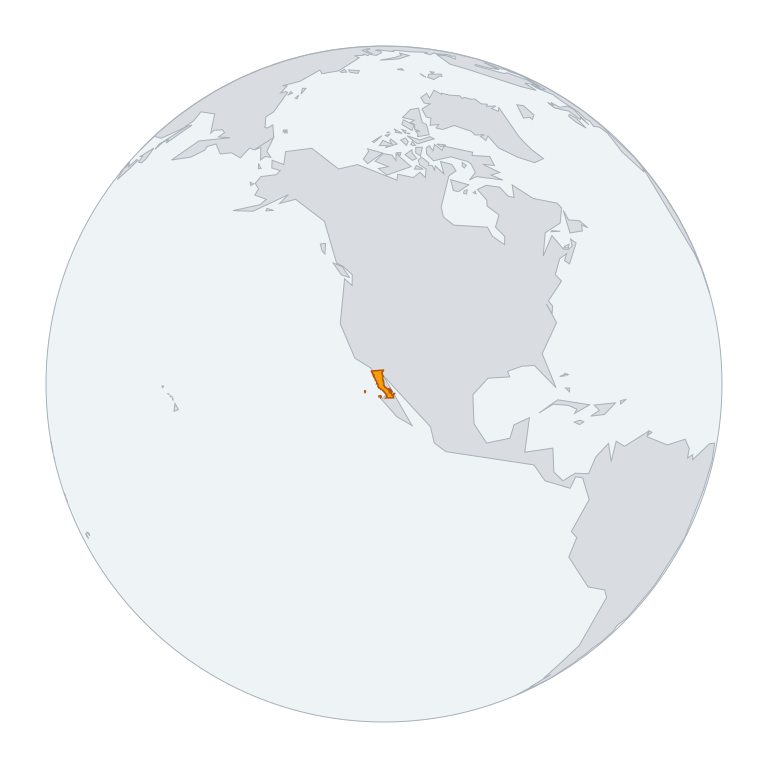 the Earth from above Baja California
{"feature_id": "MEX-2706", "entity_name": "Baja California", "entity_type": "State", "adm_level": 1, "iso_a3": "MEX", "parent_name": "Mexico", "parent_adm1": "", "projection": "orthographic", "projection_center": [-114.611, 30.356], "detail": "fine", "context": "on_globe", "style": "filled", "palette": "amber", "viewbox_px": 768, "rotation_deg": 0, "n_neighbors": 0, "source": "natural_earth", "source_scale": "10m", "svg_char_len": 13659}
<svg xmlns="http://www.w3.org/2000/svg" viewBox="0 0 768 768"><circle cx="384" cy="384" r="338" fill="#eef3f6" stroke="#a8b0b8"/><path d="M88.8,533.0L89.6,535.2L89.5,535.3L88.8,533.0ZM516.9,694.7L516.0,695.1L524.4,690.6L533.8,685.7L529.9,687.2L550.7,674.5L543.2,678.6L560.8,662.8L579.2,645.5L606.7,597.3L604.6,589.9L588.0,586.9L568.8,557.0L576.8,537.5L571.4,531.5L589.2,499.6L582.6,477.8L575.7,476.8L570.1,488.3L545.1,480.9L533.9,464.9L445.8,451.6L434.3,443.0L430.5,426.8L383.2,375.5L412.0,425.5L397.0,416.9L381.7,399.5L386.3,394.6L370.7,368.0L354.9,358.2L340.2,323.7L344.6,278.8L352.1,285.5L352.3,274.8L342.9,266.1L336.6,263.1L324.5,221.4L295.6,199.3L279.5,203.5L288.5,194.6L253.1,211.2L232.9,210.6L260.2,204.7L266.3,199.3L254.8,195.1L258.6,188.8L255.2,183.4L260.8,176.6L276.3,174.7L280.2,170.6L271.8,167.9L272.1,160.2L283.8,164.5L285.6,151.6L311.8,148.3L338.6,169.0L357.6,164.6L397.0,180.2L397.8,174.2L413.3,177.6L420.0,172.2L425.4,177.5L426.0,168.8L419.8,165.1L418.1,160.3L421.4,157.1L428.9,162.9L428.3,165.4L432.3,165.5L434.5,170.0L435.3,165.9L444.0,174.0L440.5,161.5L451.7,164.3L456.0,170.9L448.8,176.0L441.2,207.1L443.4,217.0L453.7,225.1L487.3,227.2L492.5,236.4L504.5,244.7L504.8,236.5L495.5,227.2L498.9,214.9L487.1,206.0L486.8,200.1L477.4,189.5L486.1,185.3L499.7,187.2L507.9,196.1L514.1,197.5L512.2,184.9L533.2,198.5L557.0,203.1L561.6,207.9L560.1,223.1L545.2,232.7L543.2,256.1L551.9,235.5L563.4,249.1L568.4,249.5L572.1,246.1L570.6,239.0L576.1,243.0L569.5,263.9L564.5,260.6L566.6,253.7L559.7,258.7L555.3,274.6L561.5,281.1L548.4,300.8L552.6,306.0L552.1,313.8L546.3,303.9L556.6,322.6L542.2,353.7L556.0,387.6L534.4,365.5L521.8,366.2L507.6,371.3L509.7,376.9L488.0,378.2L472.9,394.7L474.0,423.8L486.6,443.0L510.0,438.2L514.0,424.8L529.4,417.7L524.8,452.2L552.9,448.1L553.8,471.8L562.9,480.8L575.3,473.2L588.6,473.7L595.8,456.9L608.5,443.4L611.2,461.5L616.2,441.3L624.6,446.3L648.2,431.4L647.1,436.7L667.3,445.0L685.1,439.2L689.2,448.3L687.5,458.0L692.7,454.7L692.7,459.7L709.4,443.8L714.6,443.1L712.2,460.4L703.3,490.3L684.8,537.5L666.1,567.3L654.3,585.5L627.4,617.5L617.0,625.5L612.7,631.8L601.0,642.1L592.2,648.2L584.5,655.0L577.7,659.2L577.8,660.1L558.0,673.2L553.2,676.5L547.6,679.7L516.9,694.7ZM174.0,411.3L175.0,403.4L178.4,409.6L174.0,411.3ZM172.9,397.9L173.1,400.7L172.4,398.2L172.9,397.9ZM170.6,395.6L172.3,397.3L170.1,396.1L170.6,395.6ZM167.2,393.4L169.1,394.2L168.8,394.5L167.2,393.4ZM557.8,399.8L589.6,404.8L574.6,413.5L576.9,409.2L568.2,405.3L553.0,404.2L539.0,413.0L557.8,399.8ZM162.8,387.7L161.8,386.0L163.7,386.0L162.8,387.7ZM565.0,375.8L559.7,376.5L564.5,374.4L565.0,375.8ZM333.2,263.0L342.3,266.7L349.4,277.4L341.4,274.9L333.2,263.0ZM320.3,244.0L325.6,243.4L324.9,254.0L322.1,251.0L320.3,244.0ZM267.0,208.5L273.7,210.4L265.9,210.8L267.0,208.5ZM253.7,183.9L250.6,185.6L250.2,182.2L253.7,183.9ZM473.2,192.7L475.3,191.2L476.0,193.9L473.2,192.7ZM467.2,189.8L466.6,194.1L463.6,193.4L464.1,190.8L467.2,189.8ZM258.4,168.8L258.6,163.4L261.0,168.5L258.4,168.8ZM468.7,184.8L458.4,191.7L453.3,190.5L450.7,179.7L468.7,184.8ZM260.5,160.0L260.9,147.6L254.1,149.9L273.7,137.4L266.9,151.5L270.9,157.3L265.0,156.5L260.5,160.0ZM416.4,165.4L423.2,169.2L414.4,169.1L416.4,165.4ZM411.2,166.6L386.8,175.1L378.5,168.5L388.3,166.7L375.1,161.2L383.0,153.7L392.1,155.1L395.9,160.7L396.0,153.7L411.2,166.6ZM284.5,132.9L286.9,130.0L287.3,132.8L284.5,132.9ZM416.7,158.4L412.5,160.4L405.0,154.7L412.0,149.7L412.2,153.0L416.7,158.4ZM367.7,163.7L363.4,159.0L368.6,151.5L367.6,148.8L382.5,153.0L367.7,163.7ZM415.6,152.7L415.8,147.4L422.4,147.2L420.3,156.1L415.6,152.7ZM400.1,155.5L396.8,152.7L400.9,152.5L400.1,155.5ZM445.9,144.9L441.1,146.9L436.8,144.0L445.9,144.9ZM415.4,145.4L413.1,145.5L410.8,144.7L412.3,141.4L415.4,145.4ZM385.2,147.7L388.3,145.8L379.3,145.5L382.9,140.4L392.2,144.4L389.7,140.5L390.8,139.0L397.1,144.0L385.2,147.7ZM407.0,135.8L420.1,139.9L430.0,136.6L434.1,138.9L417.4,143.9L407.0,135.8ZM400.7,140.1L405.5,137.9L408.2,141.6L406.5,145.5L400.7,140.1ZM382.0,135.7L374.1,142.5L372.4,141.5L382.0,135.7ZM409.4,134.0L406.2,133.1L409.8,133.3L409.4,134.0ZM389.8,134.2L387.3,136.6L385.3,135.3L389.8,134.2ZM402.0,129.6L406.1,130.8L405.2,133.3L402.0,129.6ZM396.0,131.1L393.9,128.8L402.3,133.4L395.2,132.3L396.0,131.1ZM388.4,132.6L386.5,132.6L389.8,131.8L388.4,132.6ZM403.4,119.8L414.1,125.1L411.9,130.5L401.8,124.5L403.4,119.8ZM709.5,293.3L708.4,289.8L701.7,269.5L694.8,254.2L643.8,169.2L639.3,162.8L632.7,155.3L649.9,175.5L665.5,197.0L679.3,219.7L691.3,243.4L701.4,268.0L709.5,293.3ZM585.2,112.5L585.4,112.7L602.5,126.8L634.5,157.5L642.3,167.3L644.2,172.1L622.4,152.3L607.3,132.9L599.3,127.1L593.6,126.4L589.5,121.0L585.3,118.8L578.8,112.3L560.9,100.6L553.0,94.6L537.6,88.4L531.4,84.9L542.3,89.3L545.6,89.7L524.8,77.5L518.3,74.6L510.0,71.9L505.3,69.5L499.9,68.6L483.9,62.6L498.9,69.6L489.6,68.2L475.4,64.4L475.0,65.6L498.2,72.0L504.9,73.6L506.5,72.7L527.3,80.1L536.3,84.9L524.7,83.1L536.1,90.3L522.1,87.0L468.2,69.5L449.9,64.1L437.4,55.0L446.4,55.7L455.4,59.0L454.8,56.0L451.2,56.2L447.3,54.6L437.3,54.0L434.1,53.0L430.1,54.7L425.1,53.4L427.7,52.3L408.7,51.7L395.9,50.2L393.1,50.7L393.8,51.6L377.1,49.8L375.9,50.4L380.8,51.0L381.5,52.7L376.2,55.4L370.7,54.6L371.9,53.5L366.1,50.7L370.1,48.7L367.3,48.8L362.5,50.4L369.6,53.7L367.9,55.7L363.2,53.9L364.8,54.6L362.3,55.4L354.6,55.7L359.2,57.8L338.7,70.8L321.9,73.7L320.0,70.0L299.9,81.3L282.5,85.7L287.1,86.0L280.6,93.0L286.0,91.6L287.7,92.4L273.5,112.0L265.9,116.8L265.0,127.5L267.3,128.0L272.9,124.9L273.7,137.4L254.1,149.9L249.7,148.0L240.3,157.9L231.7,152.8L220.2,153.9L216.1,144.0L207.3,146.4L204.7,150.2L190.8,157.1L171.5,160.0L198.8,141.0L230.2,137.7L218.4,137.0L224.6,132.6L222.5,129.8L213.8,130.3L210.7,133.2L214.7,113.9L200.9,111.8L193.5,120.9L183.2,128.2L161.0,138.3L154.3,136.2L140.6,149.6L158.0,132.7L176.7,117.1L196.5,102.9L217.2,90.1L238.8,78.8L261.2,69.2L284.2,61.2L307.7,54.8L331.7,50.2L355.8,47.3L380.2,46.1L404.5,46.7L428.8,49.1L452.8,53.2L476.5,59.0L499.6,66.5L522.2,75.6L544.1,86.4L565.1,98.7L585.2,112.5ZM668.6,202.3L671.8,207.1L668.6,202.3ZM648.9,430.7L652.0,432.4L648.5,434.9L648.9,430.7ZM574.2,422.1L580.1,420.1L583.8,421.8L579.5,424.6L574.2,422.1ZM620.3,400.8L626.3,399.2L620.7,404.1L620.3,400.8ZM594.2,405.1L615.5,402.8L604.5,414.5L590.8,416.1L599.4,410.4L594.2,405.1ZM565.5,388.0L569.6,388.0L569.5,391.9L565.5,388.0ZM568.4,374.5L567.1,375.3L564.4,373.2L568.4,374.5ZM563.8,247.8L564.5,246.3L569.0,244.2L568.4,247.9L563.8,247.8ZM579.4,220.7L587.9,227.8L581.5,224.9L582.4,230.9L570.0,233.0L563.3,210.4L568.6,219.9L579.4,220.7ZM551.6,230.7L560.2,231.2L551.1,231.7L551.6,230.7ZM568.7,116.2L569.3,114.3L576.1,118.0L586.1,128.1L576.5,122.5L568.7,116.2ZM568.7,111.1L554.3,107.9L547.5,102.3L553.8,105.8L550.7,102.4L559.9,107.3L567.4,106.1L573.8,109.5L588.9,124.8L580.4,117.5L580.3,119.4L568.7,111.1ZM529.8,117.4L523.5,118.1L516.9,104.7L523.5,105.7L534.0,115.1L532.3,119.6L529.8,117.4ZM466.3,165.3L464.3,168.0L462.2,166.2L462.2,162.4L466.3,165.3ZM444.0,146.1L472.7,152.3L471.9,155.5L489.7,156.5L494.5,165.5L482.8,164.3L499.8,172.5L491.2,175.1L503.0,180.0L476.5,176.6L469.4,179.9L475.4,172.6L471.2,164.1L467.3,161.4L450.8,156.8L433.5,160.8L426.6,153.8L426.3,147.8L429.4,145.7L432.9,150.8L434.5,144.4L442.0,150.3L444.0,146.1ZM426.7,93.3L429.5,98.0L434.0,90.2L441.5,94.4L441.5,93.2L449.7,95.2L459.7,95.8L462.0,98.3L464.9,97.5L470.4,99.1L475.1,99.1L481.1,103.8L487.3,104.3L486.6,106.3L495.8,106.0L491.6,108.5L498.3,111.4L498.8,107.5L519.4,137.3L531.3,149.4L543.5,158.6L534.7,162.7L517.7,157.2L498.2,147.7L488.0,136.0L485.9,140.5L480.4,136.4L484.4,134.6L475.0,135.1L471.5,131.4L454.1,125.5L442.7,129.5L436.0,127.9L438.8,124.5L430.2,125.3L430.9,118.1L426.1,116.9L422.0,109.0L430.1,103.9L424.2,103.1L420.8,97.6L426.7,93.3ZM402.6,117.5L410.5,109.4L418.5,108.1L422.3,122.5L426.5,124.6L429.2,134.7L417.6,136.7L417.9,133.5L415.4,131.0L420.1,131.3L414.5,129.2L414.8,124.9L410.6,122.2L414.3,120.2L402.6,117.5ZM538.7,87.1L534.5,84.7L535.8,84.9L540.2,86.9L538.7,87.1ZM441.5,74.2L441.9,76.3L439.6,76.1L433.7,79.5L427.7,77.2L428.8,74.2L441.5,74.2ZM434.0,72.2L432.3,73.8L430.3,71.7L434.0,72.2ZM422.9,75.8L419.9,73.5L426.2,77.4L422.9,75.8ZM380.1,60.2L395.0,57.4L401.7,55.2L399.2,52.9L409.1,55.5L398.7,58.9L380.1,60.2ZM344.4,69.3L346.7,72.1L341.5,72.4L340.3,71.8L344.4,69.3ZM348.7,69.9L359.3,70.7L357.9,73.4L349.8,72.2L348.7,69.9ZM397.1,69.4L401.9,68.6L403.4,70.2L397.1,69.4ZM85.6,532.9L88.8,538.7L86.3,535.7L85.6,532.9ZM89.5,535.3L86.4,532.0L88.8,533.0L89.5,535.3ZM65.9,497.5L67.6,502.0L67.4,501.7L65.9,497.5ZM65.1,495.3L64.3,492.7L65.7,496.9L65.1,495.3ZM54.1,457.1L54.0,456.7L54.6,459.2L54.2,457.5L54.1,457.1ZM51.6,445.1L51.0,441.5L52.9,451.6L51.6,445.1ZM122.1,170.4L125.3,166.6L122.5,170.2L120.4,172.7L120.9,171.9L122.1,170.4ZM130.0,161.1L125.1,167.7L129.3,163.8L128.7,166.7L136.6,159.7L138.0,160.2L129.3,168.9L117.2,179.7L123.1,169.6L127.0,164.5L130.0,161.1ZM140.3,156.5L153.8,148.1L146.2,158.7L141.5,162.9L138.5,162.1L142.7,156.4L140.3,156.5ZM154.9,149.4L159.1,144.2L187.8,126.0L192.0,125.1L166.1,143.1L168.7,139.4L162.9,142.3L154.9,149.4ZM283.5,130.0L286.6,130.0L283.1,131.9L283.5,130.0ZM290.8,91.5L292.6,93.0L288.5,94.8L290.8,91.5ZM295.2,98.2L298.7,95.1L297.3,98.7L295.2,98.2ZM305.9,88.4L301.1,94.0L302.4,88.3L305.9,88.4Z" fill="#d9dde1" stroke="#a8b0b8" stroke-width="1"/><path d="M383.4,370.1L383.4,370.4L383.2,370.6L383.0,370.8L383.1,371.1L383.0,371.3L382.9,371.4L382.5,371.4L382.4,371.5L382.2,371.9L382.2,372.2L382.2,372.3L381.9,372.6L382.1,373.1L382.3,373.5L382.2,373.8L382.3,374.0L382.4,374.8L382.1,374.7L381.9,374.5L382.0,374.8L382.3,374.9L382.5,375.1L382.8,375.4L382.9,375.5L383.0,376.0L383.2,376.3L383.1,376.5L382.9,376.7L382.8,377.1L382.8,377.9L382.7,378.3L382.7,378.6L382.6,379.2L382.6,379.5L383.0,379.9L382.9,380.0L382.9,380.3L383.4,380.5L383.5,380.7L383.5,381.0L383.6,381.3L383.5,381.5L383.5,381.9L383.6,382.1L383.6,382.3L383.8,382.8L383.8,383.0L383.9,383.4L383.9,383.6L383.9,383.9L383.9,384.0L383.8,384.4L383.9,384.5L383.7,384.9L383.8,385.0L383.9,385.4L384.0,385.4L384.2,385.7L384.2,385.8L384.4,386.3L384.7,386.4L384.7,386.6L384.8,386.6L385.0,386.8L385.0,387.0L385.1,387.4L385.3,387.5L385.5,387.6L385.7,387.4L386.1,387.6L386.3,387.9L386.6,388.1L386.8,388.3L386.9,388.5L387.0,388.5L387.7,389.1L387.8,389.3L388.0,389.3L388.3,389.6L388.8,390.1L389.0,390.3L389.1,390.5L388.9,390.7L388.9,390.8L389.0,390.8L389.1,391.0L389.3,391.2L389.5,391.7L389.4,391.9L389.5,392.1L389.4,392.3L389.6,392.6L389.9,392.6L389.8,392.4L390.0,392.3L390.1,392.2L390.1,392.3L390.3,392.3L390.3,392.5L390.5,392.7L390.4,392.7L390.4,392.9L390.4,393.0L390.5,393.0L391.0,392.9L391.2,393.0L391.3,393.2L391.3,393.5L391.5,394.0L391.7,394.3L391.8,394.9L391.9,395.0L392.1,395.0L392.3,395.1L392.5,395.1L392.9,395.0L393.0,395.2L393.0,395.3L393.2,395.2L393.2,395.3L393.1,395.6L393.0,395.9L393.0,396.2L393.5,396.7L393.4,396.9L393.4,397.1L393.5,397.4L393.4,397.6L393.5,397.8L386.9,397.9L387.0,397.7L386.9,397.6L386.7,397.6L386.7,397.3L386.6,397.2L386.9,396.7L386.8,396.4L386.7,396.5L386.5,396.4L386.8,395.9L386.9,395.2L386.8,394.8L386.7,394.6L386.3,394.6L386.4,394.2L385.9,394.0L385.7,393.8L385.6,393.7L385.4,393.6L385.4,393.4L385.3,393.2L385.2,393.1L385.1,392.9L385.0,392.7L384.9,392.7L384.7,392.4L384.4,392.4L384.3,392.1L384.2,392.1L384.0,391.8L383.9,391.4L383.6,391.3L383.4,391.3L383.3,390.9L383.1,390.9L382.1,389.8L381.5,389.5L381.0,389.5L380.8,389.1L380.5,388.9L380.1,388.7L379.7,388.3L379.3,388.2L379.0,387.9L378.8,387.9L378.4,387.5L378.5,387.1L378.4,386.7L378.2,386.4L377.9,386.3L378.0,385.8L378.0,385.5L377.9,385.2L378.0,384.9L377.9,384.4L377.8,384.0L377.5,383.8L377.3,383.7L377.1,383.7L377.3,383.5L377.3,383.4L377.2,383.2L377.1,383.4L377.1,383.5L376.9,383.4L376.9,383.5L377.0,383.6L377.0,383.9L376.9,383.9L376.8,383.5L376.7,383.2L376.8,382.4L376.8,381.7L376.7,381.3L376.4,381.2L376.2,381.0L375.7,380.4L375.4,380.4L375.3,380.2L375.4,379.3L375.3,378.8L374.7,378.1L374.5,377.6L374.3,377.5L374.0,377.3L374.0,377.2L373.6,376.8L373.6,376.7L373.8,376.7L373.7,376.6L373.8,376.2L373.7,376.0L373.4,375.9L373.3,375.7L373.5,375.7L373.7,375.8L373.8,375.8L373.9,375.6L374.0,375.1L373.9,375.1L373.7,375.0L373.6,374.9L373.3,374.7L373.3,374.4L373.2,374.3L372.8,374.3L372.7,374.1L372.6,373.4L372.5,372.9L372.3,372.7L372.0,372.6L371.5,371.5L371.5,371.3L371.5,371.0L383.4,370.1ZM391.5,391.6L391.8,391.6L391.7,391.8L391.7,392.0L391.5,391.8L391.3,391.8L391.3,391.7L391.0,391.5L390.9,391.3L390.8,391.1L390.5,391.0L390.4,390.9L390.2,390.7L390.1,390.4L389.8,390.3L389.7,390.3L389.7,390.0L389.4,389.7L389.3,389.3L389.4,389.0L389.3,388.8L389.5,388.8L389.6,388.7L389.6,388.8L389.8,388.8L390.1,389.1L390.2,389.3L390.4,389.6L390.5,389.7L390.4,389.8L390.4,390.1L390.5,390.2L390.8,390.3L391.3,390.2L391.4,390.3L391.4,390.8L391.4,391.2L391.5,391.6ZM381.0,395.9L381.0,396.0L381.1,396.3L381.1,396.6L381.2,397.1L381.0,397.3L381.0,397.5L380.9,397.7L380.7,397.6L380.5,397.4L380.4,397.3L380.2,397.4L380.2,397.5L380.1,397.4L380.1,397.2L380.7,396.5L380.6,396.1L380.7,395.8L380.9,395.7L381.0,395.8L381.0,395.9ZM365.3,391.2L365.4,391.3L365.4,391.6L365.4,391.9L365.4,392.2L365.2,392.4L365.0,392.5L365.0,392.4L365.0,392.1L365.0,391.9L364.9,391.8L365.0,391.7L364.9,391.4L364.7,391.3L364.7,391.0L364.7,390.9L364.8,390.7L365.0,390.7L365.1,390.8L365.2,391.1L365.3,391.2ZM394.3,393.5L394.6,393.5L394.6,393.8L394.4,393.9L394.3,393.5ZM386.1,397.9L386.5,397.4L386.6,397.6L386.4,397.8L386.1,397.9ZM392.9,393.8L393.1,393.9L393.3,394.1L393.6,394.3L393.4,394.4L393.4,394.2L393.2,394.0L392.9,393.8ZM386.7,397.9L386.6,397.7L386.8,397.9L386.7,397.9ZM389.6,391.4L389.7,391.6L389.8,391.8L389.7,391.7L389.6,391.4ZM385.0,386.2L385.1,386.3L385.0,386.2ZM378.9,396.0L379.0,396.0L378.9,396.1L378.9,396.0ZM370.8,371.7L370.9,371.9L370.8,371.7Z" fill="#f59e0b" stroke="#b45309" stroke-width="1.5"/></svg>